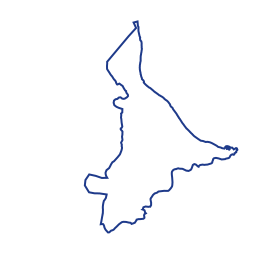 the district of Yousef El sadeq, Al Fayyum, Egypt, rotated 55°
{"feature_id": "37247803B96193438521946", "entity_name": "Yousef El sadeq", "entity_type": "district", "adm_level": 2, "iso_a3": "EGY", "parent_name": "Egypt", "parent_adm1": "Al Fayyum", "projection": "orthographic", "projection_center": [30.573, 29.353], "detail": "fine", "context": "isolated", "style": "outline", "palette": "blue", "viewbox_px": 256, "rotation_deg": 55, "n_neighbors": 0, "source": "geoboundaries", "source_scale": "gbopen_adm2", "svg_char_len": 5774}
<svg xmlns="http://www.w3.org/2000/svg" viewBox="0 0 256 256"><g transform="rotate(55 128 128)"><path d="M210.0,61.0L209.6,60.4L209.3,59.7L209.2,58.7L209.4,58.0L209.4,57.6L210.1,57.1L210.6,56.7L210.2,55.4L209.8,55.2L209.9,53.5L209.6,53.5L209.0,52.2L208.8,51.4L207.6,51.1L207.9,50.7L207.2,50.5L206.4,51.0L206.2,53.6L205.4,53.6L204.5,53.9L203.9,53.9L203.5,54.5L202.6,55.3L201.4,55.8L200.7,56.2L200.2,56.8L200.8,56.7L201.2,56.3L202.8,56.2L203.7,56.9L203.8,57.5L203.5,57.7L202.9,57.6L202.6,57.7L202.0,58.8L201.8,58.6L202.4,57.6L202.1,57.1L201.5,57.3L200.7,58.7L200.1,58.5L200.3,57.1L199.7,57.2L199.5,57.8L199.4,59.1L199.9,59.2L199.9,60.2L200.2,60.8L198.5,62.5L197.2,63.2L195.2,65.0L193.5,65.5L191.4,66.5L188.4,68.0L186.7,69.1L185.0,70.7L184.0,72.4L181.7,74.0L180.1,75.7L177.0,76.9L173.9,78.0L172.8,78.4L172.3,78.5L171.5,78.7L170.9,78.7L170.3,78.9L169.6,78.9L168.9,79.1L168.1,79.3L167.4,79.3L166.9,79.5L166.2,79.5L165.2,79.7L164.5,79.8L164.0,79.9L163.0,80.1L162.3,80.2L162.0,80.4L160.8,80.4L159.1,80.5L156.6,80.5L155.6,80.6L154.0,80.6L153.4,80.5L152.0,80.5L151.0,80.4L150.0,80.4L149.1,80.5L148.3,80.3L147.7,80.4L147.1,80.4L146.2,80.2L145.2,80.3L144.3,80.1L138.7,80.3L137.9,80.2L137.2,80.0L136.5,80.1L135.9,80.3L135.3,80.5L134.3,80.5L133.8,80.5L133.3,80.2L132.6,80.0L131.9,80.1L130.2,80.1L129.2,80.2L128.7,80.3L128.2,80.4L127.5,80.6L126.9,80.9L126.2,81.1L125.7,81.3L125.4,81.3L124.9,81.5L124.2,81.5L123.3,81.7L122.8,81.9L122.2,82.1L121.7,82.3L120.7,82.8L119.7,83.2L119.2,83.6L118.5,83.8L117.6,84.0L117.0,84.3L116.1,84.5L115.8,84.7L115.0,84.9L114.3,85.3L113.8,85.3L113.5,85.5L112.8,85.7L111.6,85.9L110.6,86.2L109.9,86.4L109.6,86.4L109.1,86.6L108.2,86.8L107.4,87.2L106.7,87.6L104.7,88.1L104.4,88.3L103.9,88.3L103.4,88.5L102.2,88.7L101.7,88.8L101.2,88.9L99.8,89.0L99.5,88.5L98.8,88.2L97.8,88.1L97.4,88.2L96.7,88.4L96.2,88.4L95.9,88.5L95.6,88.3L95.0,88.0L94.3,87.8L94.0,87.8L93.7,87.7L93.1,87.5L91.8,86.9L91.1,86.8L90.4,86.3L89.7,86.0L88.0,85.3L87.5,85.0L86.8,84.7L85.9,84.1L85.2,83.7L84.5,83.1L83.4,82.3L82.4,81.3L81.3,80.3L80.8,79.7L80.1,79.0L79.6,78.7L78.9,78.2L78.2,77.7L77.1,76.9L76.1,76.1L75.5,75.4L74.3,74.3L74.0,74.0L73.4,73.3L72.6,72.7L72.2,72.2L71.3,71.4L70.8,71.0L70.3,70.9L69.2,70.1L68.7,69.8L68.4,69.6L67.8,69.3L67.0,68.6L66.5,68.3L65.6,67.8L64.9,67.5L64.6,67.4L64.0,67.5L63.2,67.6L61.6,66.8L60.9,66.3L60.8,66.1L60.4,66.0L59.3,65.8L54.5,63.8L51.3,61.5L50.0,61.3L46.2,59.1L44.8,62.9L50.7,64.0L53.1,74.6L57.3,90.3L61.8,107.1L63.3,108.1L65.1,109.6L67.2,111.0L67.7,111.3L69.2,111.4L72.5,111.5L73.5,111.6L75.2,111.6L76.5,111.4L78.1,111.5L80.3,111.6L80.6,111.4L82.8,111.3L84.2,111.8L85.9,112.0L86.1,111.9L86.4,111.5L86.5,110.5L86.7,109.6L87.3,109.4L88.3,109.1L90.5,108.3L92.7,108.6L93.8,108.7L94.3,108.7L95.6,108.8L96.6,108.4L96.8,108.6L98.4,109.1L100.6,109.0L101.8,109.6L102.0,110.3L102.2,111.1L102.2,111.5L102.1,113.7L101.8,114.5L101.6,114.9L100.6,115.9L99.8,116.1L98.6,116.5L98.3,117.0L97.8,118.1L97.8,118.4L98.1,119.9L97.6,121.1L97.3,121.8L97.5,123.7L98.1,124.3L99.1,125.3L100.0,125.6L101.5,126.1L104.0,125.3L106.2,124.0L109.2,121.7L112.0,123.8L112.2,125.4L113.4,126.0L115.3,127.6L115.7,127.9L116.6,128.2L119.7,130.0L120.7,130.5L122.4,131.3L123.6,131.9L124.2,133.1L124.2,134.2L124.8,134.7L126.3,134.7L127.1,134.5L127.8,134.6L129.1,135.6L130.2,136.4L131.7,137.9L134.3,139.2L134.8,139.6L135.9,141.8L136.1,142.1L138.3,142.7L139.2,143.6L140.2,143.9L141.1,144.5L142.2,145.7L142.9,146.6L144.5,149.0L145.0,149.8L146.0,153.3L147.2,158.5L147.1,160.4L147.5,161.4L148.0,162.6L149.1,164.6L150.0,166.4L150.2,169.8L151.6,171.9L152.8,172.7L154.7,173.4L156.9,173.6L153.9,178.1L148.7,181.9L143.8,186.4L146.2,192.7L150.3,196.3L158.3,196.8L162.2,193.0L165.2,188.9L170.2,183.6L170.6,184.0L171.3,184.8L172.7,186.4L173.6,188.6L173.8,189.5L175.2,191.1L176.8,192.7L178.2,193.9L179.4,194.7L180.3,195.2L181.5,196.1L183.5,197.6L184.0,198.3L184.3,198.4L185.2,199.4L189.5,203.7L191.2,205.5L191.5,204.9L191.7,204.4L192.5,203.5L193.2,203.5L194.7,203.8L195.8,204.3L197.3,204.6L198.7,204.7L199.7,204.6L200.9,204.4L201.9,204.4L202.2,204.0L202.5,203.7L202.7,203.2L202.6,202.2L202.5,201.7L202.4,200.6L202.7,199.8L202.9,199.3L203.0,198.4L203.0,197.7L202.6,196.2L202.3,194.0L202.1,192.9L201.7,190.7L201.6,187.1L201.9,186.3L202.2,185.6L203.8,183.5L205.8,181.7L207.1,180.3L207.8,180.1L208.6,180.1L209.1,178.5L209.5,176.7L208.6,174.5L208.4,174.0L208.0,173.5L208.7,171.6L209.8,170.0L211.2,167.4L211.0,166.1L210.3,165.6L209.4,165.3L208.6,164.8L208.0,163.8L208.0,162.8L208.1,162.3L206.8,162.4L205.6,161.9L204.9,161.7L204.4,161.9L203.1,162.8L203.1,162.3L202.5,161.8L201.8,160.8L202.0,160.1L202.4,158.6L203.5,157.4L204.5,156.2L204.8,155.3L205.2,154.9L204.4,153.3L202.3,151.8L201.3,151.4L199.6,150.6L199.0,150.2L198.5,149.3L198.3,148.6L197.9,147.6L197.2,145.9L196.9,143.7L197.2,142.9L197.7,140.8L197.5,140.1L197.5,139.5L200.2,134.4L201.0,133.4L202.4,131.3L202.6,131.0L202.5,129.8L201.9,127.4L201.4,126.1L201.0,125.3L200.1,124.4L198.0,122.7L194.7,120.7L193.3,119.9L191.6,119.0L189.9,117.9L189.0,117.0L188.6,115.9L188.4,115.2L188.4,114.3L188.8,112.8L189.2,112.3L189.3,111.8L189.6,110.6L189.9,109.9L190.6,109.4L191.1,108.8L191.4,108.5L191.7,108.0L192.2,107.4L192.8,106.7L194.0,106.0L194.5,105.8L194.7,105.6L196.4,104.7L196.7,104.2L197.3,103.7L197.8,103.2L198.0,102.6L198.1,101.6L198.3,100.9L198.0,99.8L197.3,98.6L195.5,96.1L195.5,95.3L195.6,94.4L195.8,94.2L196.3,93.9L196.6,93.5L197.5,93.2L199.5,92.8L200.2,92.4L199.8,91.9L199.7,90.5L199.9,89.7L200.4,88.7L200.5,88.5L200.7,88.0L202.0,86.6L202.3,86.0L203.6,83.8L203.9,82.8L204.6,80.7L204.8,79.9L204.8,79.4L204.6,78.8L204.2,78.5L203.7,77.9L203.2,77.0L202.4,76.2L202.1,75.2L202.2,74.7L202.8,73.3L203.2,72.8L204.4,71.7L204.8,71.3L205.6,70.7L207.5,69.3L209.2,66.3L209.3,65.3L209.7,64.4L210.3,63.0L210.4,62.0L210.0,61.0Z" fill="none" stroke="#1e3a8a" stroke-width="2"/></g></svg>